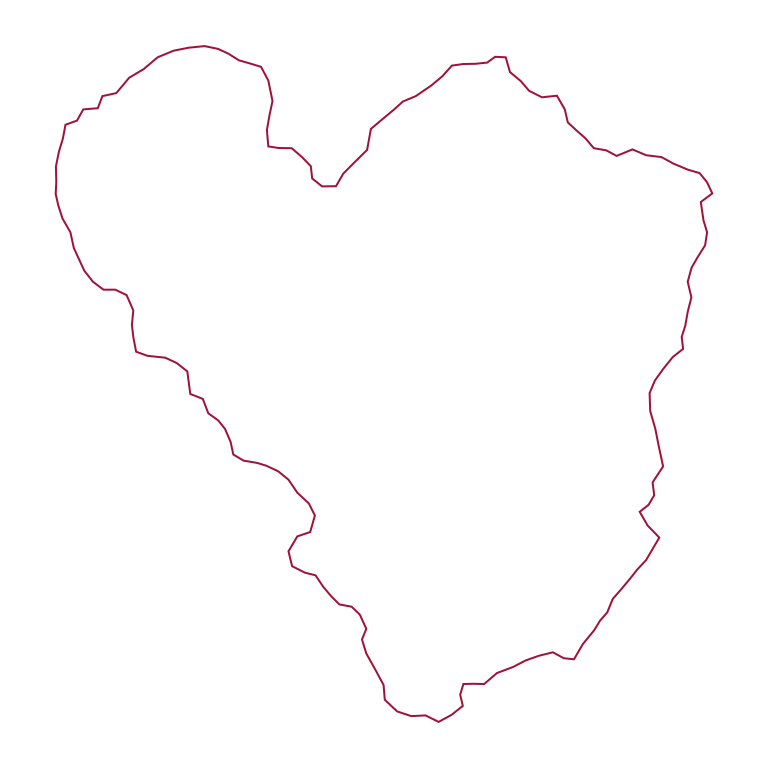 Visconde do Rio Branco, Minas Gerais, Brazil (Robinson projection)
{"feature_id": "56859067B8561147773652", "entity_name": "Visconde do Rio Branco", "entity_type": "district", "adm_level": 2, "iso_a3": "BRA", "parent_name": "Brazil", "parent_adm1": "Minas Gerais", "projection": "robinson", "projection_center": [-42.844, -21.023], "detail": "fine", "context": "isolated", "style": "outline", "palette": "rose", "viewbox_px": 768, "rotation_deg": 0, "n_neighbors": 0, "source": "geoboundaries", "source_scale": "gbopen_adm2", "svg_char_len": 2171}
<svg xmlns="http://www.w3.org/2000/svg" viewBox="0 0 768 768"><path d="M136.1,351.7L147.4,355.8L165.3,357.7L176.8,363.1L187.3,371.4L190.3,394.0L202.8,398.9L208.3,413.3L218.3,420.5L225.0,428.9L230.6,441.9L233.3,454.5L243.5,460.6L257.0,462.9L266.3,465.7L278.2,471.3L288.5,479.7L297.3,492.7L308.8,503.4L314.9,515.5L310.2,532.0L297.3,536.4L288.5,551.3L292.1,566.2L305.0,572.7L315.5,575.3L323.3,586.9L331.0,596.0L339.3,604.4L351.6,606.7L359.8,614.6L366.3,628.8L362.0,639.5L366.3,653.5L374.9,668.9L383.6,685.1L384.8,699.8L397.1,711.4L411.2,716.1L425.5,715.4L438.6,721.9L451.5,714.9L462.8,705.9L460.2,694.7L463.4,684.0L473.3,683.8L484.2,684.0L497.0,673.0L513.0,667.0L525.5,660.5L538.8,655.8L552.9,652.3L563.7,658.2L574.0,659.3L582.9,644.0L594.2,630.2L600.0,620.7L607.3,612.3L612.7,599.0L622.6,587.6L630.5,578.1L637.1,569.7L646.0,560.2L652.6,549.0L659.3,537.6L647.6,525.5L639.7,511.8L648.6,504.8L654.2,495.2L652.6,482.4L663.1,466.4L658.5,445.0L655.3,428.7L650.2,411.0L649.6,393.1L654.9,380.5L663.1,369.1L672.8,357.0L683.1,348.9L681.7,337.0L685.3,325.6L687.7,311.9L691.4,297.4L687.7,281.8L691.6,267.6L698.2,256.2L705.1,245.3L707.1,232.3L703.5,220.4L700.8,202.0L712.3,193.4L706.9,182.0L699.6,173.1L687.9,169.7L673.4,163.6L661.5,157.1L646.0,155.2L632.5,149.4L616.6,155.9L606.1,150.3L593.8,148.2L585.6,138.5L576.1,130.1L567.8,122.4L564.8,109.4L556.9,95.7L542.0,97.3L529.1,90.8L520.9,81.2L510.0,72.1L505.7,57.3L495.1,56.8L487.2,62.6L475.3,63.8L463.4,64.0L451.9,65.6L442.3,76.3L431.4,85.4L415.8,96.1L402.9,101.5L393.7,109.8L383.6,118.2L370.9,128.9L367.1,149.9L353.2,163.6L343.3,173.6L336.0,186.2L322.1,186.4L312.2,178.5L310.8,166.2L302.0,157.1L291.7,148.2L278.6,148.0L268.3,146.4L266.9,130.1L269.5,115.2L272.5,101.0L268.3,80.5L261.0,66.8L249.4,63.3L238.9,60.3L228.6,53.8L218.1,48.9L204.6,46.1L188.7,47.7L173.6,50.7L157.6,57.3L143.7,69.1L129.2,77.7L116.3,93.1L102.4,96.1L97.8,108.2L83.3,109.4L77.0,120.6L65.5,124.7L62.9,138.5L58.9,151.7L55.9,166.6L56.3,181.5L55.7,194.1L58.3,205.5L62.5,218.5L70.4,232.3L73.8,247.9L78.7,258.6L84.3,270.7L93.0,281.8L103.5,289.7L115.3,289.7L126.6,295.1L133.3,310.5L131.9,324.9L133.3,337.0L136.1,351.7Z" fill="none" stroke="#9f1239" stroke-width="2"/></svg>